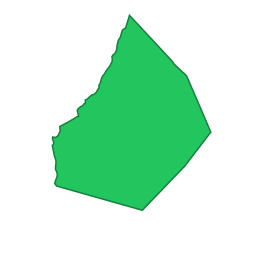 outline of Upanema, Rio Grande do Norte, Brazil, rotated 128°
{"feature_id": "56859067B70479579251794", "entity_name": "Upanema", "entity_type": "district", "adm_level": 2, "iso_a3": "BRA", "parent_name": "Brazil", "parent_adm1": "Rio Grande do Norte", "projection": "albers", "projection_center": [-37.282, -5.615], "detail": "fine", "context": "isolated", "style": "filled", "palette": "green", "viewbox_px": 256, "rotation_deg": 128, "n_neighbors": 0, "source": "geoboundaries", "source_scale": "gbopen_adm2", "svg_char_len": 1097}
<svg xmlns="http://www.w3.org/2000/svg" viewBox="0 0 256 256"><g transform="rotate(128 128 128)"><path d="M184.0,66.1L123.0,59.8L80.3,60.2L71.5,76.1L57.4,101.9L50.8,114.0L49.7,126.5L49.2,131.2L48.2,134.1L38.3,196.2L50.8,191.4L52.5,192.2L54.3,192.7L58.7,191.0L60.5,190.1L62.8,189.8L64.3,189.8L67.2,188.6L70.4,187.0L72.8,185.4L74.9,184.7L77.1,184.3L80.1,184.8L81.7,184.6L83.8,182.5L85.2,181.5L87.5,181.1L90.0,180.5L97.2,180.4L99.6,179.8L101.7,180.0L104.6,179.6L106.4,178.9L108.9,177.9L110.5,177.3L112.4,177.2L114.1,175.7L116.8,175.4L119.1,175.0L122.4,175.4L124.0,176.8L128.2,177.7L130.3,177.9L132.1,178.9L135.0,176.8L136.5,177.7L138.4,177.4L140.3,178.5L143.9,179.1L145.3,178.9L149.1,174.2L150.4,175.0L160.3,178.9L168.8,182.7L172.3,179.5L176.3,178.6L177.7,178.5L180.0,179.2L181.5,181.8L183.1,180.8L184.0,179.3L184.9,178.0L186.3,176.8L188.4,176.9L195.2,169.0L197.7,165.2L198.9,164.0L200.3,163.0L202.2,161.8L203.4,161.1L205.0,159.9L207.2,156.1L208.4,155.0L210.6,153.7L213.8,152.8L216.8,151.7L217.7,148.5L202.1,110.3L193.9,90.2L184.0,66.1Z" fill="#22c55e" stroke="#15803d" stroke-width="1.5"/></g></svg>